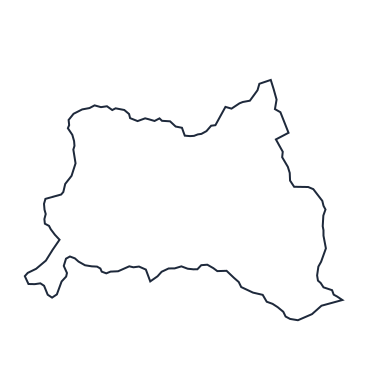 Vale Verde, Rio Grande do Sul, Brazil (Albers equal-area conic projection), rotated 95°
{"feature_id": "56859067B99392255338401", "entity_name": "Vale Verde", "entity_type": "district", "adm_level": 2, "iso_a3": "BRA", "parent_name": "Brazil", "parent_adm1": "Rio Grande do Sul", "projection": "albers", "projection_center": [-52.105, -29.83], "detail": "fine", "context": "isolated", "style": "outline", "palette": "slate", "viewbox_px": 384, "rotation_deg": 95, "n_neighbors": 0, "source": "geoboundaries", "source_scale": "gbopen_adm2", "svg_char_len": 1949}
<svg xmlns="http://www.w3.org/2000/svg" viewBox="0 0 384 384"><g transform="rotate(95 192 192)"><path d="M286.5,32.8L283.5,38.3L281.9,41.9L277.6,43.9L275.5,52.7L271.4,55.9L269.3,58.8L264.2,60.1L255.3,59.6L250.2,57.3L236.5,53.7L224.1,57.2L218.6,57.7L214.7,58.8L204.0,59.1L197.8,57.5L194.3,59.8L189.5,61.4L178.6,71.4L176.9,76.7L177.9,90.7L172.1,95.3L164.5,96.3L158.6,98.7L149.5,105.2L144.0,105.1L132.3,113.0L124.6,101.0L104.8,110.9L102.2,116.6L92.6,115.8L82.5,119.6L73.5,123.3L78.3,134.3L84.9,135.6L96.0,142.3L97.9,149.2L99.5,152.4L105.5,159.9L104.3,166.1L123.4,174.5L124.3,178.7L130.1,182.9L133.3,187.7L134.1,191.2L135.9,194.9L136.5,198.8L136.5,204.1L133.1,205.7L128.9,207.6L128.2,214.0L123.5,220.0L123.7,228.1L121.5,230.8L124.5,235.5L123.3,241.4L122.7,245.1L126.1,252.4L123.8,260.1L119.8,261.5L116.2,266.6L115.3,275.4L117.3,278.6L114.0,284.2L115.4,290.1L114.2,296.6L117.3,301.4L119.3,308.6L124.4,316.8L131.0,321.2L136.1,320.2L139.3,321.2L145.5,316.2L151.6,313.9L156.3,313.1L160.1,313.9L173.6,310.5L186.4,313.4L195.0,319.0L203.2,320.2L205.9,322.1L211.6,337.4L216.7,338.4L222.4,337.4L226.7,335.8L231.9,336.7L236.4,335.8L238.2,331.5L241.5,329.4L246.5,324.9L251.1,319.8L261.7,325.8L273.1,331.6L282.1,340.6L286.9,348.6L290.4,351.2L297.9,346.9L297.5,340.6L296.2,335.1L298.3,331.2L306.9,326.8L309.4,322.2L305.8,317.7L292.5,314.1L287.2,310.0L283.6,309.5L276.8,313.3L269.4,311.7L266.9,308.0L268.3,302.9L271.2,299.0L274.3,292.2L274.8,285.4L274.6,280.1L276.2,276.6L279.2,275.0L280.5,270.3L278.4,266.2L277.4,258.7L271.5,248.0L272.1,243.8L270.9,238.3L273.3,231.2L284.7,225.8L279.0,219.0L274.1,215.3L270.2,208.6L269.6,202.6L267.0,196.1L268.8,189.6L268.9,183.9L268.5,179.9L264.1,176.4L263.1,170.4L266.0,164.1L268.6,159.9L267.5,150.7L273.8,142.8L277.6,137.6L282.4,134.7L286.9,122.5L288.3,112.6L294.8,108.0L296.4,102.0L299.2,96.7L303.4,90.6L307.9,87.9L309.9,83.2L310.5,75.3L303.2,61.8L294.0,53.1L286.5,32.8Z" fill="none" stroke="#1e293b" stroke-width="2"/></g></svg>